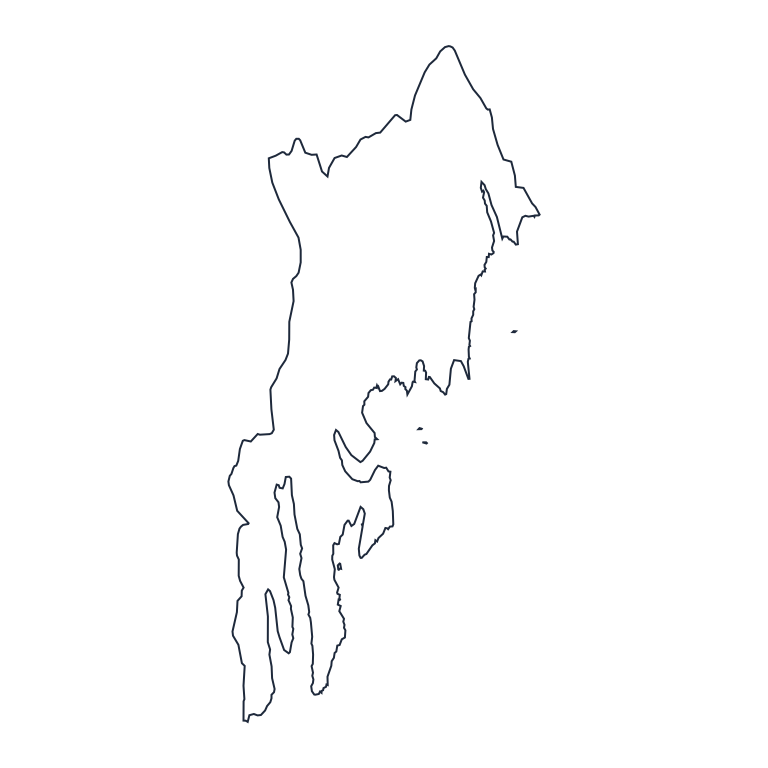 Árneshreppur, Vestfirðir, Iceland (Equal Earth projection), rotated 90°
{"feature_id": "244011B92022671609099", "entity_name": "Árneshreppur", "entity_type": "district", "adm_level": 2, "iso_a3": "ISL", "parent_name": "Iceland", "parent_adm1": "Vestfirðir", "projection": "equal_earth", "projection_center": [-21.632, 66.077], "detail": "fine", "context": "isolated", "style": "outline", "palette": "slate", "viewbox_px": 768, "rotation_deg": 90, "n_neighbors": 0, "source": "geoboundaries", "source_scale": "gbopen_adm2", "svg_char_len": 6155}
<svg xmlns="http://www.w3.org/2000/svg" viewBox="0 0 768 768"><g transform="rotate(90 384 384)"><path d="M50.6,313.2L47.5,315.4L46.4,317.7L46.1,319.3L47.1,323.0L51.4,327.8L58.3,331.7L64.6,338.6L72.3,343.3L95.5,353.0L109.5,356.6L119.9,357.7L121.6,362.3L115.0,371.0L115.2,372.9L132.6,387.8L133.1,392.1L137.4,399.5L136.9,402.5L139.5,407.5L147.0,411.9L157.0,421.1L155.5,426.3L158.0,433.4L167.9,439.0L176.5,440.5L171.5,446.0L154.5,451.4L154.8,456.4L152.7,462.7L140.3,467.8L138.8,469.2L138.8,471.7L140.7,473.3L150.9,476.4L154.5,479.0L154.6,481.6L152.4,483.9L152.1,485.8L155.7,492.3L158.3,499.2L168.0,498.7L182.6,495.7L199.4,489.2L222.0,478.1L237.6,469.5L249.8,467.3L262.4,467.3L272.7,469.4L276.1,471.7L278.9,475.0L282.5,476.6L289.8,475.0L301.1,474.4L321.8,478.7L339.6,478.8L353.6,480.0L360.0,482.5L369.0,488.5L378.4,491.4L387.2,496.8L389.6,497.6L409.3,496.6L429.7,494.2L433.2,496.2L434.1,498.4L434.7,508.1L434.0,510.3L441.5,517.2L440.1,523.6L440.8,525.2L449.0,528.1L460.9,529.8L465.6,531.7L466.1,533.5L468.0,534.6L474.0,536.6L475.8,538.2L481.5,539.6L485.2,539.1L495.4,534.5L510.8,530.8L523.2,519.4L524.0,519.8L524.9,524.9L526.6,527.0L528.6,528.5L534.1,530.1L552.7,531.3L555.6,531.0L559.5,529.2L575.8,529.3L580.9,527.9L587.6,524.4L590.6,526.2L596.3,526.4L600.9,530.5L612.2,531.1L631.5,535.5L635.7,535.0L644.8,529.6L663.2,526.1L665.9,523.3L685.8,524.5L699.2,523.6L701.2,524.4L720.6,524.5L720.7,522.3L721.9,520.3L715.2,518.6L714.0,514.2L715.4,510.4L715.0,507.1L710.5,502.9L706.0,500.9L702.2,497.7L698.3,496.5L694.8,496.5L692.2,494.0L689.0,493.4L678.2,495.9L666.4,496.4L654.6,498.6L649.5,497.9L642.1,500.2L616.5,500.1L594.2,502.6L589.4,499.9L591.1,498.0L600.1,494.5L607.8,492.8L631.2,490.3L637.2,488.5L650.0,483.9L653.3,479.3L652.2,478.1L642.4,476.4L638.2,474.7L634.5,475.7L628.8,474.7L626.9,475.6L617.5,475.2L608.8,477.1L606.1,476.9L600.2,479.5L597.2,478.7L594.5,480.0L592.9,479.6L577.3,484.2L549.6,481.9L541.8,483.3L536.9,485.4L525.7,487.3L517.2,490.8L507.0,488.9L502.3,489.5L498.2,492.7L492.6,493.5L484.6,491.3L485.2,489.3L487.8,488.4L488.4,485.3L484.0,483.5L477.0,482.2L476.7,478.7L478.6,476.9L495.2,476.1L504.0,474.1L514.5,473.5L528.9,470.7L534.3,468.2L544.9,467.2L548.4,465.9L553.8,467.8L558.1,466.5L569.0,468.7L575.1,467.8L578.7,466.6L581.2,464.6L595.8,462.5L605.3,459.7L612.0,458.8L614.6,459.6L617.8,457.8L622.3,457.1L636.8,455.8L643.6,456.6L645.8,455.6L654.6,454.9L663.9,455.2L666.1,456.4L672.7,455.0L675.8,455.7L679.4,454.6L683.1,455.1L686.2,456.8L691.2,456.1L694.5,453.8L694.7,452.8L694.0,449.2L691.6,448.0L692.8,446.5L690.9,446.4L690.2,444.9L688.1,444.5L686.8,442.0L684.5,441.5L685.0,440.3L676.7,440.5L665.8,436.7L661.2,436.3L657.8,434.1L653.0,433.4L651.5,431.7L645.6,430.7L645.0,428.4L639.3,426.2L637.5,423.1L630.3,422.6L627.8,424.0L624.8,423.5L621.7,424.7L618.8,424.0L611.2,428.7L606.0,427.3L604.6,430.2L599.6,429.4L600.0,428.3L599.4,427.9L598.4,428.6L594.8,428.2L593.8,430.5L592.5,430.9L587.6,429.4L579.8,433.6L577.1,434.0L569.2,433.2L559.5,435.8L555.8,435.7L553.8,434.7L545.3,434.8L543.1,433.5L544.3,430.9L543.9,429.1L536.9,427.7L534.6,425.3L524.9,423.5L520.7,420.4L520.7,419.3L526.0,416.6L524.0,413.8L506.9,407.4L509.2,404.7L513.6,403.2L525.0,405.2L523.6,406.4L526.5,405.4L548.7,409.2L555.5,408.6L557.9,407.4L557.9,406.3L554.7,403.4L554.0,401.6L545.3,395.6L543.4,393.1L540.2,392.6L541.5,390.9L538.0,389.5L533.7,384.9L528.0,382.6L528.3,380.8L529.2,379.9L526.6,378.1L526.4,375.5L524.4,374.7L511.0,375.2L501.7,376.4L497.6,378.2L490.2,379.1L485.9,379.0L480.2,377.3L477.6,378.3L471.7,377.6L471.4,379.5L467.7,381.8L468.0,383.8L465.7,389.8L470.0,393.0L479.8,397.8L481.6,399.6L482.3,407.4L481.0,408.5L481.2,410.3L479.2,415.7L471.3,422.8L465.0,425.7L460.4,426.1L457.8,427.9L450.9,429.5L440.3,433.5L435.0,433.9L430.0,432.0L432.0,429.6L447.0,422.3L455.2,416.6L462.1,407.6L460.8,405.4L451.6,397.9L443.0,393.7L439.4,393.3L439.2,390.8L437.0,393.1L433.0,393.4L423.1,401.5L412.7,405.9L406.1,405.0L404.7,403.6L401.3,403.7L396.8,399.9L393.0,399.5L390.2,397.2L389.7,395.0L387.6,393.8L387.9,391.7L385.4,391.0L387.5,390.0L386.8,389.6L391.1,388.0L390.9,386.1L388.9,383.4L384.3,379.8L381.7,379.5L379.4,378.0L379.5,376.8L376.4,375.8L376.3,374.0L378.0,372.1L381.1,372.5L379.2,369.9L384.3,367.8L382.7,366.4L382.9,364.7L385.9,364.2L387.2,362.5L389.0,362.7L390.7,361.1L394.5,360.6L386.3,356.1L382.2,355.4L381.6,354.9L382.0,353.0L381.0,353.5L371.5,352.7L369.5,351.1L367.4,351.7L363.1,351.1L360.4,348.7L360.3,347.2L361.4,345.4L366.1,343.9L370.6,344.2L370.7,342.8L372.6,341.9L379.2,342.2L379.5,339.8L376.9,339.1L377.0,338.2L383.4,333.7L388.4,328.1L391.0,327.3L392.2,324.8L394.6,322.9L394.1,321.8L388.9,321.1L384.7,318.6L368.7,317.1L360.1,313.9L361.1,307.1L366.2,304.3L378.9,299.6L378.8,298.5L361.8,300.2L358.7,299.5L358.5,298.3L356.7,299.1L349.5,299.4L346.8,299.1L346.0,297.9L344.9,298.6L340.7,298.1L338.1,299.2L321.9,297.5L321.3,296.4L318.4,296.5L314.8,294.8L311.3,294.8L309.2,293.7L306.8,294.4L299.7,293.5L294.2,293.9L292.3,292.3L289.1,292.3L289.5,292.8L287.9,293.2L283.2,292.8L275.8,289.4L274.5,287.3L275.3,286.7L271.4,285.3L271.5,283.0L269.6,283.3L268.6,282.3L267.3,283.3L264.9,283.5L261.9,281.7L257.0,281.2L257.1,279.3L253.8,279.0L254.5,276.6L253.1,274.5L251.9,274.3L250.5,275.6L247.5,276.0L241.0,273.9L235.4,274.9L232.9,273.9L221.5,277.0L212.3,280.8L205.8,281.3L203.6,283.0L200.5,283.3L197.7,285.0L192.2,283.9L190.7,284.6L191.7,285.9L187.9,287.2L181.9,286.5L185.2,283.4L189.1,282.2L193.4,279.6L205.0,276.5L217.0,271.1L238.7,265.7L236.5,264.6L236.7,260.7L239.5,258.6L239.4,257.5L241.6,255.5L241.7,254.3L244.6,252.2L244.2,250.1L231.6,251.0L217.3,245.7L215.8,242.6L216.6,239.4L215.8,234.4L216.8,233.6L215.5,233.2L215.4,229.3L214.6,228.4L207.0,232.5L203.4,235.9L187.9,244.5L186.9,252.2L175.6,253.1L161.7,256.7L159.5,264.5L144.9,270.4L128.9,275.0L117.5,276.1L109.4,278.3L109.6,280.2L108.4,281.7L98.0,287.6L89.3,294.8L74.6,303.1L50.6,313.2ZM568.8,426.9L563.8,427.8L563.5,428.4L565.4,430.2L569.5,429.7L569.8,429.2L568.5,427.9L568.8,426.9ZM442.3,345.6L443.5,341.5L443.1,341.1L442.3,341.9L442.3,345.6ZM332.1,255.3L332.2,253.2L331.3,252.2L331.1,254.3L332.1,255.3ZM429.2,349.5L429.1,346.5L428.8,346.3L428.1,348.5L429.2,349.5Z" fill="none" stroke="#1e293b" stroke-width="2"/></g></svg>